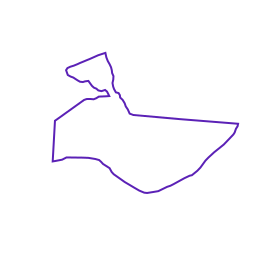 Sampaio, Tocantins, Brazil, rotated 130°
{"feature_id": "56859067B23367383514430", "entity_name": "Sampaio", "entity_type": "district", "adm_level": 2, "iso_a3": "BRA", "parent_name": "Brazil", "parent_adm1": "Tocantins", "projection": "mercator", "projection_center": [-47.925, -5.341], "detail": "fine", "context": "isolated", "style": "outline", "palette": "violet", "viewbox_px": 256, "rotation_deg": 130, "n_neighbors": 0, "source": "geoboundaries", "source_scale": "gbopen_adm2", "svg_char_len": 1356}
<svg xmlns="http://www.w3.org/2000/svg" viewBox="0 0 256 256"><g transform="rotate(130 128 128)"><path d="M202.0,164.2L199.9,162.4L194.6,158.1L190.1,156.2L179.7,143.5L176.3,139.1L172.8,133.2L171.1,129.5L171.2,126.9L171.6,124.0L170.6,116.3L172.2,112.2L172.6,109.2L171.8,99.7L171.5,95.8L170.6,90.4L169.7,84.8L168.7,79.1L167.1,74.0L165.5,71.6L161.0,67.7L156.9,64.2L147.9,60.2L145.0,58.4L141.7,57.0L130.1,52.5L124.9,50.1L123.1,48.7L116.3,47.4L111.8,47.1L103.2,47.7L98.9,47.4L91.2,46.4L79.1,44.0L65.2,43.1L62.9,43.4L59.2,44.8L56.2,45.2L54.0,46.4L88.1,94.3L114.7,132.4L115.9,136.0L113.9,140.1L112.9,143.6L111.2,146.4L109.9,150.2L109.7,153.6L108.1,155.3L107.3,157.7L108.5,160.2L107.1,163.8L105.8,166.0L103.5,168.8L100.4,170.4L97.6,172.5L96.1,175.5L94.2,177.5L92.4,180.0L91.0,183.0L89.7,186.5L87.8,190.0L85.0,193.6L91.4,197.6L99.8,201.7L102.6,203.2L105.9,204.9L109.1,206.6L111.5,207.7L115.1,209.6L118.2,211.6L121.0,212.9L123.5,212.6L124.8,210.4L126.1,208.2L125.5,205.1L124.5,202.3L124.2,199.6L123.9,197.2L123.4,194.5L121.8,192.1L119.9,190.9L117.4,188.6L118.2,185.5L118.9,182.6L119.0,180.0L118.2,177.5L118.3,174.9L116.8,172.0L113.6,170.0L113.6,167.5L114.5,165.3L115.6,162.9L118.2,165.6L120.4,168.0L122.7,170.5L125.7,171.5L128.1,172.8L129.9,175.4L132.4,178.3L134.8,179.7L166.8,187.9L169.4,188.6L202.0,164.2Z" fill="none" stroke="#5b21b6" stroke-width="2"/></g></svg>